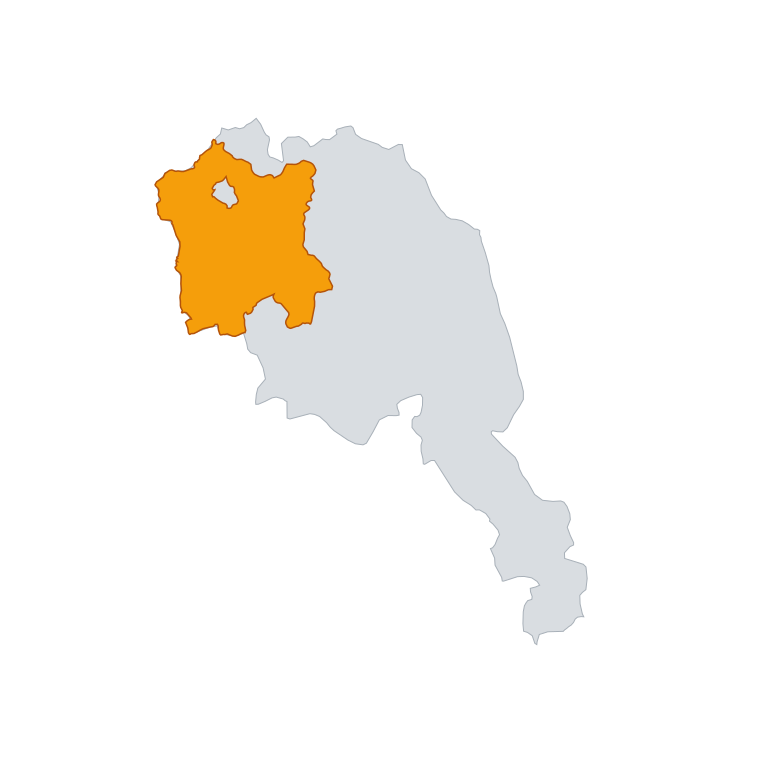 where Niederösterreich sits in Austria, rotated 244°
{"feature_id": "AUT-2330", "entity_name": "Niederösterreich", "entity_type": "State", "adm_level": 1, "iso_a3": "AUT", "parent_name": "Austria", "parent_adm1": "", "projection": "mercator", "projection_center": [15.834, 48.226], "detail": "fine", "context": "in_parent", "style": "filled", "palette": "amber", "viewbox_px": 768, "rotation_deg": 244, "n_neighbors": 0, "source": "natural_earth", "source_scale": "10m", "svg_char_len": 8903}
<svg xmlns="http://www.w3.org/2000/svg" viewBox="0 0 768 768"><g transform="rotate(244 384 384)"><path d="M83.1,436.7L89.5,422.6L90.8,413.8L85.2,408.6L82.8,407.1L84.8,405.9L92.8,406.9L97.9,404.0L100.6,401.1L107.7,403.8L118.2,409.3L123.1,413.0L125.1,415.9L126.3,418.3L125.6,422.4L128.0,424.0L133.0,424.6L136.2,425.9L135.1,431.3L134.9,435.7L139.4,435.1L145.1,431.7L149.6,425.6L152.3,419.6L154.4,405.1L155.1,403.9L158.6,405.0L172.5,404.4L179.0,407.1L189.4,407.5L189.2,409.8L191.0,413.4L195.6,418.5L197.9,421.8L202.7,422.4L210.2,420.6L214.5,418.7L216.2,420.0L223.0,418.7L229.0,414.6L230.5,411.4L236.6,409.2L244.8,404.1L256.1,400.1L293.1,395.9L294.6,392.7L294.0,385.4L295.0,384.3L299.7,386.2L307.2,387.9L312.9,390.5L316.6,393.8L320.1,394.0L325.4,391.6L332.6,390.1L339.4,393.6L341.4,397.4L340.2,399.3L340.3,402.4L342.4,405.0L347.9,409.2L354.9,412.8L358.6,412.5L360.0,409.0L361.3,400.6L361.7,391.7L360.1,386.6L356.3,385.4L351.8,385.0L349.4,383.9L350.2,381.1L353.9,373.8L353.8,364.1L345.6,352.9L338.5,342.2L338.5,338.5L342.8,332.1L349.4,327.0L364.0,318.6L368.6,316.8L374.5,315.4L383.0,311.9L387.1,308.3L389.8,304.4L393.8,284.1L394.7,283.2L395.9,282.0L410.8,289.1L412.2,287.9L414.7,286.8L419.5,281.4L420.6,277.3L420.5,269.5L420.9,262.2L421.9,259.9L424.1,260.7L430.5,264.6L435.6,268.8L440.4,279.6L451.5,282.4L465.5,282.7L470.6,277.9L475.1,276.8L480.3,278.3L491.1,280.0L492.3,271.3L498.6,262.2L501.4,259.0L509.4,259.4L511.4,252.6L513.3,233.8L515.0,231.8L520.8,232.1L526.6,235.6L528.3,238.4L531.3,238.1L535.5,236.2L540.1,235.0L547.4,237.0L562.9,245.6L570.9,248.7L576.0,248.1L580.7,248.2L599.1,261.4L611.9,263.2L623.6,263.2L627.3,259.3L632.3,255.9L637.5,256.4L642.0,258.1L650.9,263.8L654.9,265.3L660.4,266.2L664.4,267.5L667.9,277.4L669.9,280.0L669.5,281.2L669.1,285.7L666.0,291.4L662.7,298.8L662.9,305.3L671.4,327.7L678.9,341.3L680.4,346.5L685.2,350.4L680.6,355.4L679.7,362.8L676.7,366.1L675.9,370.4L677.2,374.2L677.2,379.0L678.8,385.6L671.5,387.0L662.7,386.8L659.6,387.2L656.6,389.0L653.6,388.1L645.7,381.9L641.2,380.5L638.1,380.9L635.7,383.6L631.6,387.1L627.8,389.5L628.7,391.6L645.1,397.2L648.0,405.7L644.8,412.6L643.8,416.0L639.9,418.7L635.2,421.1L629.5,421.7L628.9,425.4L631.1,436.4L629.3,438.8L627.5,442.2L629.2,451.2L632.7,451.8L633.5,453.9L632.8,457.5L632.2,461.4L631.0,465.5L630.4,467.3L628.0,468.5L620.8,467.9L614.5,471.4L601.9,483.9L597.5,486.1L592.7,491.1L593.0,502.1L592.3,503.1L591.2,505.4L576.1,501.5L575.6,501.5L565.5,503.0L558.6,508.0L550.2,510.9L532.7,509.4L515.6,511.3L511.5,512.8L507.1,513.6L502.9,516.5L500.5,520.7L496.3,525.9L490.2,530.0L483.7,533.1L482.1,535.8L479.9,537.3L476.3,535.3L473.3,535.4L469.7,534.1L457.6,532.6L444.4,530.2L438.0,527.8L430.9,526.0L423.2,524.5L416.3,524.1L412.8,523.5L396.2,519.4L385.3,519.1L370.8,517.4L342.1,511.3L333.8,508.8L325.8,508.1L316.3,506.0L309.1,502.5L304.5,495.9L299.6,487.1L290.6,475.6L288.8,469.9L291.5,464.9L294.4,461.1L294.0,459.4L291.8,458.6L276.0,463.5L260.7,469.7L254.7,469.9L248.9,468.5L241.1,468.4L233.7,470.1L218.7,470.9L210.0,475.5L204.4,484.4L201.4,491.6L198.9,493.9L193.7,494.8L185.9,494.1L180.4,492.0L174.9,485.9L166.2,485.0L158.3,484.9L156.2,483.8L156.3,479.8L153.2,472.2L148.0,469.9L134.6,484.1L131.0,485.3L120.2,481.4L110.7,475.3L109.7,470.9L108.2,467.3L100.3,463.8L90.4,461.5L87.2,461.5L88.5,459.3L89.6,455.7L88.9,452.8L86.6,449.8L85.3,446.6L84.9,443.5L84.2,440.9L83.8,438.5L83.1,436.7Z" fill="#d9dde1" stroke="#a8b0b8" stroke-width="1"/><path d="M515.8,230.7L520.2,232.2L526.4,232.7L527.0,234.4L527.3,236.1L527.3,237.7L526.7,239.4L528.3,239.4L534.3,237.8L534.7,237.6L535.8,236.2L536.1,235.6L536.3,234.0L536.6,233.5L537.2,233.5L537.6,234.0L537.9,234.6L538.3,234.9L542.0,234.9L543.8,235.4L547.6,237.3L551.1,238.5L552.8,239.5L556.7,242.9L558.5,243.6L563.2,245.4L569.4,248.9L571.1,249.3L573.0,249.3L574.3,248.9L577.1,247.4L577.8,247.3L580.2,247.2L580.7,247.6L581.0,249.1L581.4,249.7L581.9,249.9L583.4,250.0L584.3,250.7L584.9,250.9L585.5,250.9L584.7,252.0L585.7,251.7L586.6,251.8L587.2,252.3L587.3,253.6L588.6,253.2L589.0,253.7L589.0,254.6L589.1,255.2L597.1,261.0L601.3,262.8L608.6,262.3L619.6,264.0L619.7,263.9L621.4,263.7L622.4,264.5L622.9,264.6L624.1,264.3L625.0,263.5L629.0,256.6L630.3,255.7L632.6,256.0L633.4,256.0L634.9,255.4L635.6,255.3L636.3,255.5L637.7,256.4L642.4,257.7L643.9,257.9L645.4,258.5L646.0,260.0L646.3,261.7L646.8,263.1L647.9,263.9L649.1,264.1L652.1,263.9L653.4,264.4L656.2,266.3L657.7,266.8L659.2,266.6L662.2,265.5L663.5,265.6L665.4,268.3L666.5,276.2L669.2,279.4L670.0,285.0L669.5,286.5L669.4,287.1L668.1,288.4L666.8,289.5L666.2,290.6L665.8,292.2L663.7,295.2L662.9,296.8L662.6,298.5L661.9,304.9L661.7,305.6L661.5,306.0L661.3,306.5L661.3,307.8L661.5,308.5L662.1,308.9L663.7,309.1L664.2,309.3L665.0,310.0L665.8,310.9L666.2,311.9L666.0,312.4L665.7,313.1L665.5,313.7L665.9,313.9L666.1,314.2L666.4,314.8L666.6,315.5L666.7,316.0L667.0,316.7L667.6,317.1L668.3,317.4L669.2,318.2L669.7,318.4L670.0,318.8L670.0,319.3L669.9,320.7L670.0,321.2L671.2,325.5L671.6,327.7L671.6,330.2L672.1,332.1L674.1,334.3L675.2,334.9L676.5,335.1L677.3,335.7L678.5,337.8L677.5,338.9L677.0,339.1L676.3,339.3L675.3,339.1L674.7,338.7L673.8,338.2L673.3,338.5L672.2,339.6L671.9,341.3L672.0,342.2L672.2,343.1L672.1,344.1L671.5,345.2L670.6,345.7L669.3,345.1L666.9,343.2L665.7,342.6L664.1,342.8L662.2,343.7L659.0,346.0L655.7,347.6L654.8,347.5L653.8,347.7L652.2,348.4L650.2,350.1L649.1,353.0L648.3,354.5L647.2,355.5L644.5,357.5L642.9,359.0L639.8,360.6L634.3,358.8L631.5,359.0L629.3,359.6L625.4,362.6L624.2,364.0L623.0,366.3L622.8,370.8L622.5,372.2L622.1,373.3L621.1,374.4L620.2,375.1L617.4,375.5L617.4,382.7L618.0,384.1L619.2,386.2L621.9,389.3L624.2,392.9L621.6,398.0L621.1,398.8L620.4,400.2L619.9,401.5L619.7,404.1L619.9,405.8L620.4,407.2L620.3,408.6L620.2,409.8L616.0,414.2L614.8,415.2L612.8,416.3L610.8,416.7L606.2,416.6L603.5,414.2L602.7,412.5L602.2,411.2L602.1,410.7L602.0,409.9L601.8,409.0L601.5,408.5L601.3,408.1L600.9,408.0L599.0,408.9L598.3,409.2L597.7,409.2L597.1,408.9L596.3,408.2L594.4,407.1L588.0,406.0L587.0,403.3L586.0,401.5L584.0,399.9L582.0,399.9L581.4,399.8L580.9,399.5L580.7,398.7L580.8,398.2L581.2,397.1L581.3,396.3L581.3,395.5L581.1,394.8L581.0,394.4L580.5,393.5L580.1,393.1L579.5,392.7L578.5,392.9L575.8,394.4L575.0,394.4L574.2,393.9L573.6,392.4L573.4,391.0L572.9,387.6L572.5,386.8L572.0,386.3L570.9,386.1L570.3,386.2L569.5,386.2L568.6,386.0L567.1,385.2L566.0,384.4L565.0,383.1L563.4,381.4L558.1,380.9L555.0,378.7L548.5,375.5L545.2,372.4L543.9,371.9L542.3,371.7L537.5,372.9L536.9,373.0L533.7,372.5L531.5,375.2L531.1,376.1L530.3,377.0L529.5,377.5L526.4,378.2L522.4,379.8L520.0,380.5L519.2,380.5L517.9,380.3L516.7,380.3L515.1,380.8L511.9,382.1L510.0,383.3L507.9,383.8L506.3,383.6L503.9,381.6L503.2,380.8L502.7,380.5L494.5,380.6L491.8,378.4L493.1,375.5L493.2,374.1L493.3,371.3L494.4,367.0L495.8,364.9L495.8,362.7L495.3,361.8L494.4,360.8L492.8,359.5L491.1,358.6L488.6,357.8L484.4,355.7L471.7,346.1L470.2,344.4L470.3,343.8L471.0,343.6L471.3,343.4L471.7,343.1L472.8,341.0L472.9,340.6L472.9,340.0L473.0,339.7L473.1,339.4L474.0,338.4L474.4,337.7L474.4,337.2L474.3,336.9L474.1,336.5L473.9,336.1L473.6,332.7L473.7,332.0L474.1,331.1L474.3,330.0L474.8,325.3L475.0,324.6L475.1,324.3L475.2,324.1L475.5,323.8L476.0,323.3L476.5,323.1L477.6,322.2L481.1,322.2L482.5,322.7L483.7,323.5L484.7,324.7L486.9,327.8L488.2,329.1L489.9,329.6L501.2,326.8L502.3,325.9L503.4,324.2L504.6,323.1L506.0,322.5L510.0,322.3L510.8,322.5L511.8,323.1L513.0,324.5L513.0,321.9L513.6,311.6L512.7,305.7L512.2,304.7L510.8,303.5L510.3,299.7L508.4,299.0L506.6,296.5L506.2,295.2L506.2,294.2L506.4,293.5L506.4,292.4L506.4,292.0L506.6,291.8L506.9,291.7L508.7,291.8L508.9,291.6L509.0,291.1L508.9,289.9L508.1,288.6L507.0,287.7L505.7,287.2L502.8,286.8L500.3,285.5L497.7,284.4L492.7,283.2L491.3,281.8L491.1,281.5L491.5,281.1L491.9,278.0L491.8,274.4L492.1,271.1L493.6,268.7L497.8,265.0L498.2,262.7L499.0,261.3L499.3,259.9L499.7,258.7L500.9,258.3L505.1,258.9L509.1,260.5L510.7,260.4L511.6,258.3L511.5,258.1L511.1,257.3L510.8,256.3L510.6,255.6L510.8,254.8L511.3,253.2L513.0,245.7L513.0,242.4L512.7,238.7L512.7,235.3L513.8,232.8L513.7,232.1L513.7,231.5L513.8,231.1L514.1,230.9L515.8,230.7ZM632.7,317.0L632.4,316.7L630.3,312.9L629.8,312.3L627.4,312.0L627.1,313.0L626.4,313.5L625.1,313.9L622.3,315.2L617.0,318.7L616.6,319.4L615.6,320.2L615.0,320.7L614.0,320.9L612.9,321.1L611.0,320.1L610.4,320.8L609.9,321.5L609.7,322.0L609.4,322.8L609.4,323.9L610.1,325.0L610.7,325.7L611.0,326.4L611.2,327.1L610.5,330.5L611.2,331.7L611.7,332.2L612.0,333.0L612.9,333.5L617.7,333.9L619.9,333.5L621.9,333.5L623.0,334.3L624.4,334.9L625.2,335.1L627.0,335.2L627.8,334.6L628.2,334.1L628.5,333.5L628.7,333.1L629.3,332.6L630.5,332.2L634.2,332.0L639.7,333.0L638.0,329.5L637.5,327.8L637.8,324.5L638.4,322.0L638.5,321.7L638.4,321.4L638.2,320.9L637.6,320.3L637.3,318.8L637.0,317.9L636.2,317.0L635.8,316.1L635.0,315.3L633.5,315.5L633.0,316.4L632.7,316.9L632.7,317.0Z" fill="#f59e0b" stroke="#b45309" stroke-width="1.5"/></g></svg>